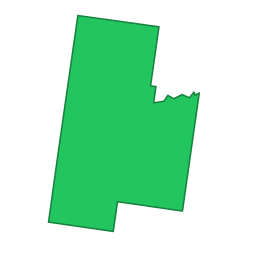 outline of Garvin, Oklahoma, United States of America, rotated 278°
{"feature_id": "52423323B22707808091897", "entity_name": "Garvin", "entity_type": "district", "adm_level": 2, "iso_a3": "USA", "parent_name": "United States of America", "parent_adm1": "Oklahoma", "projection": "equal_earth", "projection_center": [-97.251, 34.681], "detail": "fine", "context": "isolated", "style": "filled", "palette": "green", "viewbox_px": 256, "rotation_deg": 278, "n_neighbors": 0, "source": "geoboundaries", "source_scale": "gbopen_adm2", "svg_char_len": 517}
<svg xmlns="http://www.w3.org/2000/svg" viewBox="0 0 256 256"><g transform="rotate(278 128 128)"><path d="M232.4,62.7L132.0,62.4L78.7,62.3L23.7,62.4L23.5,127.8L53.5,127.9L53.5,129.2L53.4,171.6L53.3,192.1L53.5,193.5L113.3,193.6L172.4,193.7L171.1,191.5L170.6,191.1L169.8,189.8L170.2,189.4L171.3,189.2L172.3,188.8L172.5,188.1L166.5,184.6L168.6,176.9L163.3,169.2L165.9,162.9L159.5,159.9L156.5,149.9L172.9,149.9L172.8,144.5L232.5,144.6L232.4,78.9L232.4,62.7Z" fill="#22c55e" stroke="#15803d" stroke-width="1.5"/></g></svg>